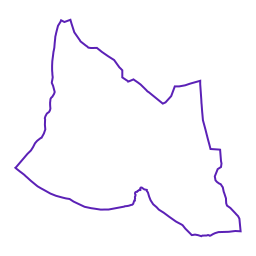 the district of Dhi As Sufal, Ibb, Yemen
{"feature_id": "15242507B30509231446221", "entity_name": "Dhi As Sufal", "entity_type": "district", "adm_level": 2, "iso_a3": "YEM", "parent_name": "Yemen", "parent_adm1": "Ibb", "projection": "orthographic", "projection_center": [44.071, 13.832], "detail": "fine", "context": "isolated", "style": "outline", "palette": "violet", "viewbox_px": 256, "rotation_deg": 0, "n_neighbors": 0, "source": "geoboundaries", "source_scale": "gbopen_adm2", "svg_char_len": 3580}
<svg xmlns="http://www.w3.org/2000/svg" viewBox="0 0 256 256"><path d="M61.1,20.3L60.5,21.8L58.0,25.8L56.8,30.4L56.0,33.6L55.9,34.3L55.6,35.5L55.3,36.7L55.2,38.3L54.7,43.0L54.6,44.2L54.3,47.8L53.6,51.4L53.5,51.6L53.1,55.0L52.3,61.2L52.1,65.8L52.1,69.7L52.1,70.0L52.2,71.6L52.3,72.5L52.4,74.6L52.7,77.0L52.7,77.4L52.7,77.5L52.5,78.7L52.4,79.1L52.3,79.9L52.0,81.3L51.8,82.6L51.8,82.9L53.1,85.9L54.0,89.3L54.1,89.7L54.1,89.8L54.3,90.4L54.4,90.8L54.7,92.0L54.0,94.0L52.7,96.1L52.3,96.8L51.3,97.6L50.9,98.3L50.5,99.0L50.3,100.8L50.3,101.0L50.1,102.5L50.1,103.1L50.1,104.6L50.2,106.3L50.4,108.6L50.0,110.1L49.8,110.6L49.1,111.9L47.5,113.1L46.9,113.5L46.2,114.8L45.5,116.1L45.2,116.9L44.9,117.9L44.8,118.2L45.1,119.2L44.9,124.7L45.3,129.4L43.9,133.5L41.5,137.8L41.0,137.9L40.9,137.9L39.7,138.8L38.7,139.6L37.4,140.6L36.7,141.3L35.0,143.3L33.0,147.2L30.9,150.5L27.5,153.8L16.0,167.3L15.4,167.8L15.7,168.1L16.9,169.1L17.8,169.8L20.7,172.1L21.2,172.4L21.8,172.9L23.9,174.5L24.8,175.3L25.7,176.2L27.0,177.3L29.3,179.4L29.4,179.5L31.2,181.1L32.3,182.0L36.8,185.7L37.7,186.4L41.1,188.4L43.7,189.8L50.3,193.5L50.5,193.6L56.0,195.8L62.6,197.6L65.9,198.4L69.6,199.0L73.6,201.6L84.6,206.8L91.2,208.2L94.1,208.6L100.6,209.6L108.7,209.5L123.7,206.7L124.2,206.6L124.7,206.3L127.3,206.0L128.9,205.7L130.9,205.0L132.3,204.7L133.2,203.8L133.9,201.6L134.3,200.6L134.9,200.5L134.8,200.0L134.9,199.1L135.1,198.4L135.0,198.0L134.9,197.1L135.1,196.3L135.4,196.0L135.5,195.2L135.5,194.5L135.2,194.2L135.0,193.6L135.2,192.5L135.8,192.0L136.3,191.9L136.7,191.9L137.0,191.9L137.4,191.4L137.6,190.9L138.3,190.8L138.8,190.2L139.5,189.8L139.9,190.0L140.1,190.1L140.4,190.0L140.4,189.5L140.3,189.0L140.2,188.3L140.4,188.1L141.0,187.5L141.8,187.6L142.6,188.2L144.3,189.4L146.8,189.9L146.8,191.0L147.9,192.4L149.1,196.5L150.6,200.3L153.2,204.3L156.6,207.2L158.8,209.6L163.2,212.4L163.3,212.4L169.1,216.7L175.9,221.5L176.6,221.9L181.3,224.4L182.6,225.2L183.0,225.7L185.3,228.6L190.7,234.0L191.6,235.0L191.8,235.1L192.5,235.0L193.8,234.8L195.0,234.6L197.8,235.1L198.5,235.3L200.4,235.9L201.4,236.2L202.3,235.6L206.6,235.5L207.3,235.3L207.6,235.1L208.7,235.1L209.5,235.7L210.5,235.6L213.0,234.1L215.2,233.1L218.5,232.1L228.8,231.8L233.6,231.2L235.4,231.0L240.6,231.3L239.4,218.7L238.3,216.6L238.2,216.3L235.9,213.9L235.5,213.4L231.8,209.5L230.4,208.0L227.0,205.6L226.2,203.3L226.0,199.8L226.0,199.3L226.0,198.5L224.4,193.6L224.2,193.0L223.8,192.0L223.7,191.6L223.6,191.1L223.5,190.9L223.5,190.7L222.8,187.3L222.7,187.2L221.6,185.6L221.0,184.6L220.7,184.2L219.1,183.5L216.9,181.9L215.5,180.3L214.8,176.4L217.7,169.1L221.0,167.0L221.5,163.5L221.0,161.0L220.1,149.7L219.6,149.6L210.5,149.0L209.4,144.7L208.2,140.3L207.2,136.5L207.1,135.9L206.9,135.3L205.5,129.7L203.8,123.4L202.9,120.1L202.9,119.9L202.4,114.2L202.2,112.1L202.0,109.6L201.6,104.2L201.5,103.5L201.3,99.7L200.4,86.8L200.3,85.5L200.2,84.1L200.2,83.5L200.2,80.8L191.3,83.3L189.6,83.8L185.2,85.3L180.3,86.2L179.1,86.4L176.3,86.4L174.8,86.4L171.2,96.1L165.5,102.4L162.8,103.6L148.4,91.9L147.7,91.6L147.0,90.9L146.4,90.2L140.6,84.5L139.1,83.4L138.2,82.7L135.0,80.5L134.0,79.8L133.5,79.4L129.0,81.3L128.4,81.5L128.4,81.4L126.8,80.4L126.6,80.3L125.9,79.8L123.2,78.0L122.3,77.4L122.3,76.5L122.3,74.5L122.3,70.3L120.8,68.7L120.7,68.6L119.3,67.3L119.3,67.2L118.7,66.4L117.9,65.3L116.1,62.8L116.0,62.6L115.3,61.7L114.2,60.1L108.1,56.2L102.0,52.0L97.0,48.0L96.9,47.9L92.5,48.0L90.8,48.0L88.3,47.6L87.2,46.5L85.6,45.4L84.6,44.6L80.5,41.4L79.8,40.1L79.6,39.9L74.3,32.3L71.5,23.6L70.4,19.8L64.4,22.0L62.5,21.0L61.1,20.3Z" fill="none" stroke="#5b21b6" stroke-width="2"/></svg>